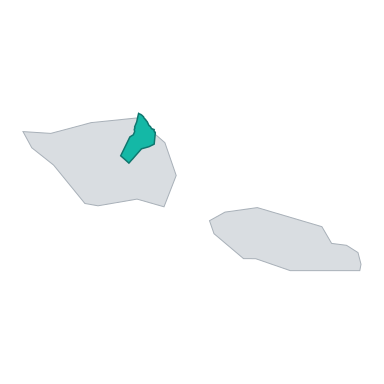 Gagaemauga I, Gaga'emauga, Samoa (highlighted)
{"feature_id": "51752279B56154317281841", "entity_name": "Gagaemauga I", "entity_type": "district", "adm_level": 2, "iso_a3": "WSM", "parent_name": "Samoa", "parent_adm1": "Gaga'emauga", "projection": "orthographic", "projection_center": [-172.292, -13.543], "detail": "fine", "context": "in_parent", "style": "filled", "palette": "teal", "viewbox_px": 384, "rotation_deg": 0, "n_neighbors": 0, "source": "geoboundaries", "source_scale": "gbopen_adm2", "svg_char_len": 2240}
<svg xmlns="http://www.w3.org/2000/svg" viewBox="0 0 384 384"><path d="M136.4,118.0L164.9,142.7L176.2,175.5L164.0,206.8L137.0,199.1L98.0,205.8L84.9,203.5L53.6,165.1L31.8,147.8L23.0,131.6L50.8,133.4L91.2,122.6L136.4,118.0ZM359.8,270.6L290.1,270.6L255.7,258.7L243.5,258.6L214.0,233.7L209.5,220.7L225.0,212.1L257.3,207.6L321.9,226.7L331.6,243.4L346.5,245.3L358.0,252.6L361.0,264.3L359.8,270.6Z" fill="#d9dde1" stroke="#a8b0b8" stroke-width="1"/><path d="M132.7,158.9L134.4,156.9L141.5,148.8L149.0,146.7L154.2,144.1L155.3,133.1L155.3,132.9L155.2,132.8L155.2,132.5L155.1,132.4L154.9,132.3L154.9,132.2L155.0,132.1L154.9,132.0L154.7,132.0L154.5,131.9L154.6,131.6L154.4,131.4L154.2,131.2L154.1,130.9L154.0,130.7L154.1,130.4L154.0,130.2L154.1,129.9L153.9,129.9L153.9,129.7L153.8,129.4L153.7,129.4L153.4,129.3L153.2,129.3L153.0,129.2L153.0,129.3L152.7,129.3L152.6,129.2L152.4,129.1L152.1,129.0L152.0,128.9L151.9,128.8L151.8,128.7L151.8,128.8L151.5,128.6L151.4,128.4L151.3,128.2L151.2,128.1L151.1,127.9L150.9,127.6L150.9,127.4L150.7,127.1L150.6,126.9L150.4,126.6L150.2,126.4L149.8,126.2L149.7,126.0L149.4,125.8L149.1,125.6L148.9,125.4L148.9,125.2L148.7,125.0L148.7,124.9L148.5,124.6L148.3,124.3L148.3,124.2L148.2,124.0L148.2,123.8L148.1,123.7L147.9,123.3L147.9,123.1L147.7,122.9L147.6,122.6L147.5,122.4L147.4,122.3L147.3,122.0L147.3,121.9L147.2,121.8L147.1,121.6L146.9,121.4L146.7,121.1L146.5,120.9L146.4,120.8L146.3,120.7L145.9,120.2L145.8,119.9L145.7,119.9L145.5,119.7L145.4,119.6L145.3,119.3L145.0,119.0L144.8,118.8L144.3,118.3L144.2,118.2L144.0,117.9L143.8,117.6L143.7,117.3L143.6,117.1L143.5,116.9L143.5,116.7L143.4,116.6L143.1,116.4L142.9,116.2L142.6,116.0L142.4,115.7L142.2,115.5L142.1,115.4L141.9,115.3L141.7,115.1L141.3,114.9L141.2,114.7L140.9,114.5L140.7,114.4L140.3,114.3L140.2,114.3L140.1,114.2L139.8,114.0L139.7,114.0L139.3,113.8L139.0,113.8L138.8,113.5L138.6,113.4L137.8,116.8L136.7,121.9L134.6,127.0L134.8,127.3L134.9,127.5L134.8,128.0L134.8,128.5L134.7,128.8L134.3,129.1L134.3,129.3L134.3,129.8L134.4,130.2L134.5,130.5L134.5,130.8L134.6,131.0L134.7,131.6L133.3,134.8L129.9,136.9L120.7,155.8L124.1,158.8L125.8,160.3L128.9,163.1L129.8,162.1L130.9,160.8L131.9,159.7L132.7,158.9Z" fill="#14b8a6" stroke="#0f766e" stroke-width="1.5"/></svg>